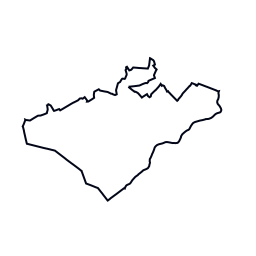 outline of Gailīšu pag., Bauska, Latvia, rotated 64°
{"feature_id": "27541924B16682413178254", "entity_name": "Gailīšu pag.", "entity_type": "district", "adm_level": 2, "iso_a3": "LVA", "parent_name": "Latvia", "parent_adm1": "Bauska", "projection": "mercator", "projection_center": [24.195, 56.322], "detail": "fine", "context": "isolated", "style": "outline", "palette": "ink", "viewbox_px": 256, "rotation_deg": 64, "n_neighbors": 0, "source": "geoboundaries", "source_scale": "gbopen_adm2", "svg_char_len": 5126}
<svg xmlns="http://www.w3.org/2000/svg" viewBox="0 0 256 256"><g transform="rotate(64 128 128)"><path d="M134.8,30.2L134.7,30.7L133.4,31.9L133.3,32.0L133.0,32.3L132.8,32.3L130.9,34.1L126.9,37.8L126.5,38.2L126.4,38.3L126.0,38.6L124.8,39.8L122.1,42.3L121.9,42.5L120.3,44.0L119.8,44.5L119.1,45.2L119.5,45.8L120.3,47.5L120.2,47.6L119.6,48.1L119.3,47.6L118.7,48.1L115.6,51.0L117.3,53.6L117.2,54.2L117.3,54.3L117.8,55.6L118.5,57.3L118.9,58.5L119.6,60.1L120.0,61.2L120.5,62.5L120.6,62.9L121.3,64.3L121.5,64.5L122.0,65.2L122.2,65.6L122.6,66.3L123.7,68.8L123.9,69.6L124.8,70.7L125.1,71.9L119.1,73.9L117.8,74.3L117.7,74.4L115.7,75.0L114.6,75.3L113.1,75.9L112.5,75.9L112.5,76.7L112.4,77.0L111.1,76.9L110.6,76.9L110.4,76.9L108.8,77.1L106.1,77.1L104.8,78.1L104.9,79.1L102.7,79.3L104.1,81.8L104.5,82.7L106.1,86.6L106.1,87.1L106.4,87.9L106.8,89.3L107.1,90.1L107.5,91.3L107.8,92.3L109.6,93.7L109.6,93.8L109.7,94.4L109.7,94.6L109.8,95.1L108.5,95.8L108.3,95.9L108.1,96.0L105.9,96.1L106.5,101.3L106.7,102.2L105.5,102.5L103.2,103.1L102.9,103.1L102.7,103.2L102.6,103.3L101.1,103.7L99.5,104.7L98.0,106.1L98.1,106.3L95.1,107.8L92.3,109.1L92.0,109.2L91.6,109.3L91.4,109.3L91.2,109.3L91.3,109.3L91.3,109.1L91.9,107.5L92.9,104.8L93.7,102.5L94.8,99.2L94.9,97.9L94.9,97.1L94.9,95.9L94.9,95.7L95.0,95.1L95.0,94.5L95.1,94.0L95.2,92.7L95.9,91.3L96.0,91.2L95.9,91.0L95.8,90.4L95.6,89.8L94.7,89.0L94.6,88.9L94.9,82.0L94.9,81.9L92.3,81.6L92.1,81.6L91.9,81.5L91.3,80.8L90.6,80.0L90.0,79.3L89.1,78.2L88.8,77.9L88.0,76.6L87.9,76.6L86.5,77.2L86.1,77.4L85.7,77.5L84.4,77.7L83.0,78.0L82.8,76.0L79.6,75.4L79.1,75.4L78.1,75.6L75.0,77.5L74.9,77.6L78.4,79.9L78.8,80.1L79.2,80.4L80.2,81.1L80.9,81.5L81.1,81.7L83.3,84.1L80.2,89.5L78.6,92.3L78.1,93.1L75.9,96.8L76.9,99.1L77.1,99.9L76.8,101.6L72.5,102.1L72.5,102.4L72.5,102.9L72.6,103.1L72.8,103.2L73.0,103.3L74.2,103.5L74.3,103.6L74.4,103.8L74.5,104.1L74.7,104.6L74.8,104.7L74.9,104.8L75.1,104.9L75.5,104.9L76.2,105.0L78.4,105.4L78.7,105.5L79.0,105.6L79.4,105.8L79.7,106.0L80.2,106.6L80.7,107.2L81.7,108.3L82.1,108.7L82.3,109.0L82.4,109.3L82.4,109.5L81.4,111.0L81.2,111.4L81.2,111.7L81.3,111.9L81.8,112.9L83.0,114.7L83.2,115.0L83.3,116.5L83.4,117.4L83.6,117.6L87.6,121.1L88.2,121.7L88.8,122.1L89.1,122.3L91.6,123.0L92.8,123.4L92.7,125.2L92.2,125.7L91.3,126.6L91.1,126.8L90.4,127.1L89.8,128.1L86.7,130.5L85.0,132.9L82.1,136.7L80.4,137.3L80.5,140.4L80.6,142.3L80.7,142.5L81.6,143.1L82.8,143.9L83.1,144.1L84.2,144.6L86.0,145.2L86.4,147.9L86.7,151.0L86.8,152.1L86.3,153.3L85.8,152.8L85.7,152.7L85.2,152.7L82.5,153.2L81.3,153.4L81.8,155.9L81.4,156.3L81.0,156.7L81.0,156.8L80.8,157.1L80.7,157.6L80.5,158.0L80.4,158.5L81.2,160.6L81.3,165.5L81.2,165.7L81.2,165.8L81.4,168.9L81.7,172.2L81.8,173.6L82.2,178.4L82.4,181.2L80.8,181.6L80.6,183.6L80.5,184.8L80.2,187.0L79.2,187.2L78.1,187.2L77.0,187.3L76.0,187.4L74.8,187.5L74.0,187.6L73.8,187.7L73.5,187.9L72.6,188.5L71.9,189.0L71.7,189.2L71.7,189.3L72.2,189.9L72.3,190.1L72.2,190.8L72.3,190.8L74.5,191.5L76.1,192.0L76.3,192.2L76.5,192.3L78.0,193.6L79.1,194.5L79.0,195.7L79.0,196.0L79.0,196.3L78.9,197.4L78.8,198.5L78.5,200.9L78.4,201.4L78.2,201.8L77.5,203.4L77.5,203.6L77.5,204.1L77.7,206.6L77.9,208.9L78.3,212.6L78.3,212.8L78.0,213.2L78.0,213.3L76.9,214.9L76.5,215.6L76.4,215.8L75.4,216.7L75.8,216.8L78.1,219.2L79.0,220.2L80.5,222.0L80.9,221.9L81.0,221.9L85.1,222.8L86.0,223.1L90.3,224.1L92.3,224.6L94.1,225.0L97.8,225.8L103.2,219.4L109.6,211.8L109.7,211.6L110.4,210.8L110.7,210.4L110.8,210.2L116.3,203.6L124.1,199.7L127.5,198.0L129.5,197.1L132.6,195.5L133.9,194.8L134.6,194.5L136.2,193.6L142.4,190.4L146.2,188.6L146.4,188.5L146.7,188.7L147.4,188.7L147.5,188.7L159.5,190.0L159.6,189.9L159.8,189.7L163.5,186.2L167.3,182.8L168.4,181.7L168.7,181.4L168.8,181.4L169.6,181.2L170.3,181.0L171.4,180.8L173.7,180.3L175.3,179.9L178.0,179.4L179.8,179.0L184.3,178.1L184.3,177.5L184.2,177.3L184.0,176.4L183.8,175.3L183.6,174.8L182.7,169.9L182.2,167.1L180.9,160.6L180.4,157.9L181.0,157.4L180.0,156.5L179.8,156.0L179.5,155.7L179.0,154.9L178.8,154.1L178.8,153.5L178.9,151.0L178.5,149.8L176.8,147.0L175.2,143.1L174.8,141.2L174.7,140.0L174.2,138.9L173.8,136.9L173.3,134.8L172.7,132.7L172.9,130.1L172.9,128.6L172.8,127.7L171.6,125.7L170.3,124.8L169.4,123.9L168.5,123.3L167.4,123.1L165.5,122.0L165.1,121.3L164.4,120.4L163.5,119.3L161.8,117.5L161.0,116.4L158.6,113.8L158.0,113.3L157.3,112.6L156.8,111.8L156.5,111.0L156.1,109.6L156.1,108.2L156.2,107.1L156.6,105.4L156.8,104.5L157.0,103.3L157.1,100.7L157.6,99.3L158.4,98.1L159.2,97.0L159.9,96.1L161.1,94.5L161.5,93.5L162.4,92.0L163.1,89.9L162.4,88.0L160.7,85.8L159.6,84.5L158.8,84.0L158.1,83.0L157.5,82.1L156.9,80.1L156.3,77.7L156.1,76.2L156.1,75.3L156.2,74.5L155.9,73.4L155.1,72.3L153.8,70.6L153.0,69.2L152.2,67.7L152.0,66.6L152.0,65.1L152.9,59.9L153.6,57.4L154.1,54.8L154.0,54.5L154.4,53.5L155.2,51.5L155.4,48.7L155.0,46.7L154.8,46.1L154.5,45.3L153.9,43.4L153.8,42.3L153.8,41.4L154.3,38.5L154.0,37.5L153.0,36.4L152.4,36.1L151.0,35.9L149.1,36.0L148.2,36.1L146.0,36.7L145.4,36.8L143.8,36.5L142.5,35.6L141.4,34.0L141.0,33.8L140.6,33.5L140.1,33.0L138.1,31.9L137.7,31.8L137.0,31.7L135.9,31.2L134.8,30.2Z" fill="none" stroke="#020617" stroke-width="2"/></g></svg>